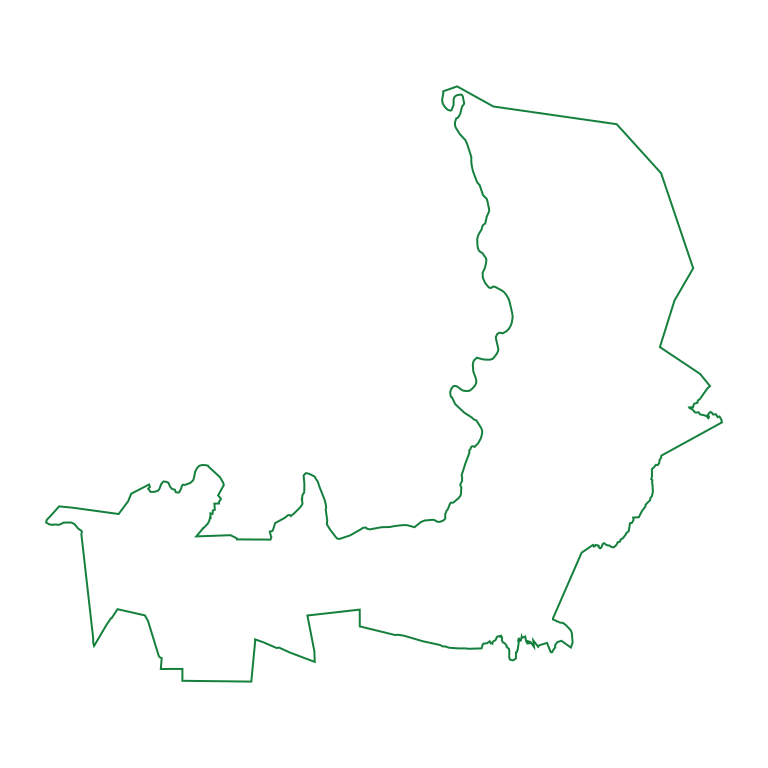 Ruíz, Nayarit, Mexico
{"feature_id": "50627088B68527106513110", "entity_name": "Ruíz", "entity_type": "district", "adm_level": 2, "iso_a3": "MEX", "parent_name": "Mexico", "parent_adm1": "Nayarit", "projection": "equal_earth", "projection_center": [-105.012, 22.017], "detail": "fine", "context": "isolated", "style": "outline", "palette": "green", "viewbox_px": 768, "rotation_deg": 0, "n_neighbors": 0, "source": "geoboundaries", "source_scale": "gbopen_adm2", "svg_char_len": 6070}
<svg xmlns="http://www.w3.org/2000/svg" viewBox="0 0 768 768"><path d="M443.3,93.5L442.1,99.8L442.7,103.4L444.4,106.4L446.0,108.2L447.8,109.8L450.3,110.6L451.4,110.4L453.5,105.2L453.7,99.0L454.6,96.8L456.3,95.5L458.0,94.9L460.2,94.7L461.7,94.7L462.8,96.4L464.2,103.6L462.7,105.9L462.1,106.4L460.2,113.8L459.1,116.0L457.6,118.0L456.4,118.2L455.8,119.6L454.9,122.7L455.1,125.7L455.9,127.9L460.0,134.4L465.3,140.0L467.3,144.3L471.3,157.0L471.3,161.9L471.6,164.8L472.9,171.0L476.7,181.2L477.7,183.1L479.6,185.0L483.1,195.3L486.5,198.6L487.2,200.2L489.1,209.2L489.1,211.5L486.7,216.7L485.5,222.5L485.1,223.5L482.7,225.4L481.5,229.6L479.1,233.5L477.7,236.7L477.2,239.5L477.5,245.8L478.1,248.7L478.8,250.4L479.9,251.6L482.3,253.0L485.9,258.1L486.4,259.8L486.1,262.7L484.9,268.0L482.6,272.8L482.9,277.9L485.0,282.8L488.6,287.2L489.9,287.9L491.0,288.0L493.0,286.6L495.2,286.9L502.5,290.9L504.5,292.6L506.1,294.6L508.3,298.2L509.5,301.5L512.2,313.2L512.7,317.1L511.8,322.5L510.9,325.2L508.9,328.9L506.2,331.4L502.5,333.4L500.3,332.7L498.9,332.9L497.2,334.1L495.9,336.9L496.0,338.9L498.4,349.2L497.8,351.6L496.6,354.1L492.9,358.7L490.0,359.7L486.2,359.7L482.6,359.3L476.9,357.7L474.2,360.2L473.4,361.6L472.8,364.9L473.3,371.5L475.8,378.2L476.3,380.7L476.1,383.3L475.0,385.6L472.1,388.8L469.6,390.7L466.5,391.1L463.1,390.6L460.8,389.3L458.1,387.1L456.0,386.0L454.2,386.0L453.0,386.5L451.4,388.6L450.3,391.6L450.2,393.4L451.0,396.9L452.2,397.6L455.1,404.0L464.2,412.6L471.8,417.5L473.7,419.3L476.4,420.5L481.4,428.3L482.2,431.1L482.1,433.5L481.0,438.0L478.2,443.2L474.6,446.9L473.5,446.3L472.0,446.3L471.2,447.0L470.4,449.2L469.2,450.4L469.4,452.4L469.1,453.6L465.4,463.4L461.6,475.3L462.1,477.1L462.1,481.0L460.5,484.0L460.3,485.3L461.3,487.4L460.9,494.5L460.3,495.9L458.8,497.9L453.3,502.6L450.7,502.7L449.7,504.5L447.8,509.3L446.7,510.5L445.2,514.2L445.3,518.1L444.6,519.5L442.7,520.8L439.8,521.9L437.2,521.7L434.3,520.0L432.3,519.8L424.7,520.5L421.1,521.9L414.5,527.2L406.8,525.1L402.8,525.1L395.0,526.0L390.0,527.0L381.6,527.2L369.8,529.4L367.1,528.8L365.8,527.5L362.8,527.9L361.4,529.0L350.1,535.4L339.6,538.9L337.7,538.8L336.3,537.7L330.0,529.5L326.9,524.3L327.2,519.9L325.7,509.7L326.2,507.6L325.5,503.0L324.4,499.3L319.5,486.9L317.8,481.6L316.5,479.9L314.5,476.5L309.2,473.8L306.0,473.1L304.6,474.3L303.6,475.7L304.4,483.9L304.3,490.0L304.1,492.8L302.9,494.2L302.3,495.8L302.1,499.9L301.9,499.8L302.5,503.3L302.2,504.5L300.4,507.1L293.8,513.7L290.8,516.0L290.0,515.1L288.1,515.1L284.7,517.9L275.1,523.1L273.0,529.9L272.2,531.0L269.8,531.6L271.0,536.5L271.4,537.0L270.5,539.6L236.9,539.4L236.8,538.3L230.5,535.2L196.3,536.4L202.1,529.5L202.7,528.3L203.2,528.4L207.6,523.9L208.7,522.0L209.2,521.0L210.1,517.3L210.6,517.6L210.4,513.4L212.5,513.9L212.8,510.5L214.8,509.8L214.4,503.6L219.0,503.5L219.2,501.4L220.9,499.2L220.6,498.3L218.1,495.4L223.8,485.1L223.1,482.6L219.9,477.1L208.4,466.5L208.1,465.7L206.8,465.4L203.1,464.9L201.4,465.2L199.5,465.7L198.1,466.9L196.7,468.7L195.2,471.6L193.8,478.6L193.0,480.5L190.2,483.0L185.0,484.9L182.8,484.7L181.9,486.0L181.0,488.9L179.2,492.3L177.6,492.6L175.7,492.1L174.9,489.8L171.9,488.8L170.0,486.6L168.4,482.7L164.8,481.5L163.6,481.5L162.6,482.1L162.1,483.3L161.2,484.0L159.6,488.5L158.3,490.5L154.9,491.8L150.6,491.9L149.8,490.9L148.2,488.7L149.9,487.0L149.1,484.5L131.2,493.7L128.2,501.2L118.6,514.0L71.9,507.6L59.1,506.4L50.0,516.6L47.8,518.7L46.6,520.2L46.1,522.4L48.9,524.2L51.4,524.8L56.0,524.5L58.3,524.9L60.8,524.1L63.5,522.6L71.1,522.5L74.4,524.0L78.4,528.8L81.1,530.5L81.9,531.6L81.4,534.5L93.1,637.5L93.2,642.6L94.1,645.9L106.7,624.5L111.1,618.1L111.7,618.1L117.5,609.2L144.9,615.4L148.0,620.9L158.7,655.8L159.9,657.4L161.7,658.1L160.8,669.0L182.4,668.9L182.4,680.8L251.3,681.6L255.1,642.0L255.1,639.4L263.4,642.3L276.6,648.0L279.1,647.6L290.0,652.6L314.7,661.9L314.4,651.4L307.4,615.5L359.7,609.6L359.8,626.4L395.4,635.1L397.7,634.7L404.0,635.7L422.6,641.2L440.1,645.0L442.7,646.4L445.5,646.5L448.9,647.7L458.2,648.4L466.1,648.4L468.1,648.8L481.5,648.4L482.6,644.9L483.3,643.7L487.1,643.2L489.7,641.3L490.8,643.4L492.4,643.7L492.5,642.4L493.3,641.4L495.5,640.1L496.6,637.9L496.5,637.4L497.2,636.7L499.6,636.0L499.7,636.5L500.3,636.7L501.1,635.9L502.1,637.7L501.9,640.4L502.8,642.3L504.7,643.3L506.6,645.5L506.7,647.0L508.9,648.8L509.3,650.7L509.2,657.1L509.8,659.4L511.7,660.1L513.1,660.4L515.9,658.5L516.0,652.4L517.1,651.8L517.3,650.1L517.7,649.8L518.8,641.8L518.1,640.9L518.9,637.9L519.6,640.8L520.8,640.6L521.7,636.6L522.1,637.9L525.2,636.5L526.1,641.1L527.4,643.5L529.1,643.3L527.3,641.0L530.6,642.1L534.0,646.9L533.3,640.4L538.2,646.8L539.2,645.3L547.0,642.9L550.7,652.1L551.5,652.3L552.3,652.0L553.0,650.4L555.2,647.4L555.1,645.2L557.3,642.1L561.4,640.8L570.9,647.5L572.6,642.6L571.9,633.4L570.8,630.3L565.8,625.0L563.0,622.9L560.1,622.6L556.4,621.0L553.0,619.4L552.9,618.5L581.6,552.7L593.0,544.9L593.4,545.1L593.8,546.5L595.0,546.1L595.7,544.9L598.1,545.5L598.3,546.1L598.8,546.1L598.9,547.3L600.1,548.3L601.2,547.7L602.7,544.2L603.4,543.4L604.4,543.3L606.1,544.8L607.6,545.4L609.5,545.5L610.5,546.5L612.1,547.2L613.5,547.4L615.5,546.0L617.4,543.2L617.7,542.2L619.3,542.0L620.2,541.3L620.6,539.5L622.6,538.5L625.8,534.5L626.0,533.4L628.7,531.2L630.0,523.2L631.9,522.9L633.6,519.9L633.1,517.6L638.8,517.2L642.0,510.9L645.2,506.8L645.8,504.5L650.2,500.0L650.5,497.9L651.9,496.2L652.9,491.7L652.6,485.5L652.1,482.8L652.4,480.2L651.2,479.1L652.0,476.5L651.9,469.1L654.0,467.3L655.9,464.8L657.7,465.1L659.2,463.1L659.6,460.0L661.0,457.8L661.4,455.6L721.9,422.4L721.5,421.7L721.6,420.1L719.5,416.5L717.6,417.1L716.0,414.3L713.1,414.5L712.0,412.9L710.6,411.9L710.0,412.2L707.7,415.0L707.6,415.4L708.9,416.4L708.8,417.7L708.3,418.2L707.2,416.7L705.1,415.5L699.9,414.3L698.7,412.3L695.7,412.6L694.6,412.0L692.5,409.4L689.6,408.1L689.2,407.4L693.0,407.2L693.8,404.4L694.3,403.7L697.5,402.7L697.7,401.0L698.2,400.2L699.8,399.2L707.2,388.6L710.0,386.1L700.1,373.9L659.9,347.1L674.5,300.5L693.2,268.3L661.1,173.2L616.7,124.2L493.4,106.5L457.1,86.4L443.2,91.3L443.3,93.5Z" fill="none" stroke="#15803d" stroke-width="2"/></svg>